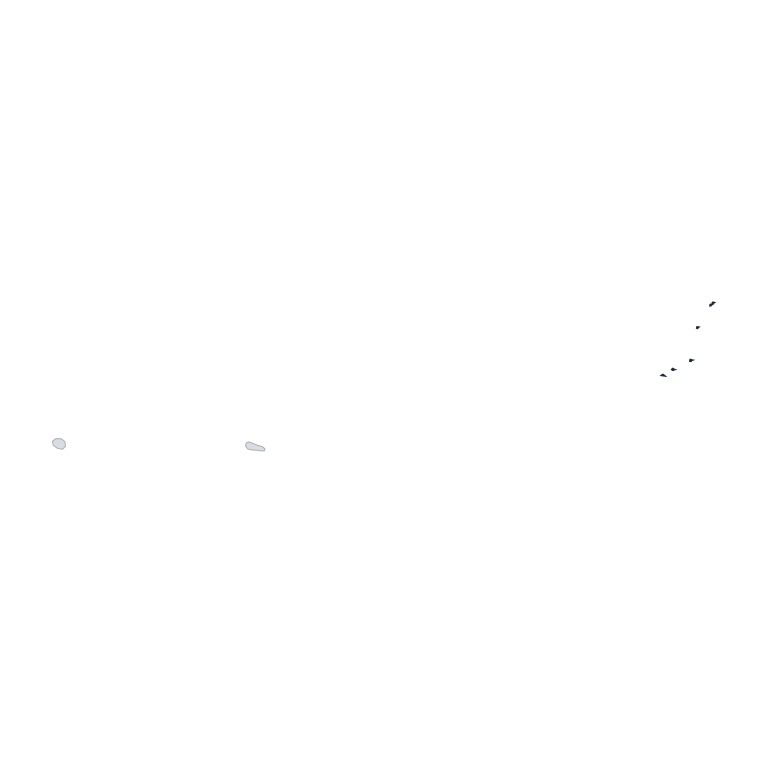 location of Shaviyani within Maldives, rotated 86°
{"feature_id": "MDV-5225", "entity_name": "Shaviyani", "entity_type": "Atoll", "adm_level": 1, "iso_a3": "MDV", "parent_name": "Maldives", "parent_adm1": "", "projection": "robinson", "projection_center": [73.113, 6.266], "detail": "coarse", "context": "in_parent", "style": "outline", "palette": "slate", "viewbox_px": 768, "rotation_deg": 86, "n_neighbors": 0, "source": "natural_earth", "source_scale": "10m", "svg_char_len": 1042}
<svg xmlns="http://www.w3.org/2000/svg" viewBox="0 0 768 768"><g transform="rotate(86 384 384)"><path d="M439.4,524.4L436.2,526.4L433.3,525.6L432.3,523.2L433.7,519.5L436.2,514.9L437.9,509.9L440.4,507.2L442.4,508.1L442.2,510.9L441.3,514.8L440.7,519.8L439.4,524.4ZM421.9,718.3L418.0,718.7L415.6,715.1L416.1,709.9L419.2,706.3L424.0,706.1L426.7,709.3L425.3,714.4L421.9,718.3Z" fill="#d9dde1" stroke="#a8b0b8" stroke-width="1"/><path d="M389.8,93.5L389.9,94.1L390.2,94.6L390.2,95.1L389.6,95.7L388.9,95.0L389.0,94.6L389.5,94.1L389.8,93.5ZM381.7,75.2L381.9,75.8L382.3,76.0L382.6,76.3L382.4,77.1L381.3,76.8L381.1,76.4L381.5,75.9L381.7,75.2ZM394.7,104.4L395.2,103.9L394.7,106.1L394.2,105.3L394.3,104.8L394.7,104.4ZM327.8,51.8L328.1,52.3L328.5,52.5L328.5,53.1L327.7,52.9L327.5,52.6L327.8,51.8ZM325.9,49.3L326.2,49.8L326.6,50.0L326.8,50.2L326.6,50.6L325.8,50.5L325.6,50.1L325.8,49.7L325.9,49.3ZM349.3,66.6L349.6,67.1L350.0,67.2L350.2,67.5L350.0,67.9L349.1,67.7L349.0,67.4L349.2,67.0L349.3,66.6Z" fill="none" stroke="#1e293b" stroke-width="2"/></g></svg>